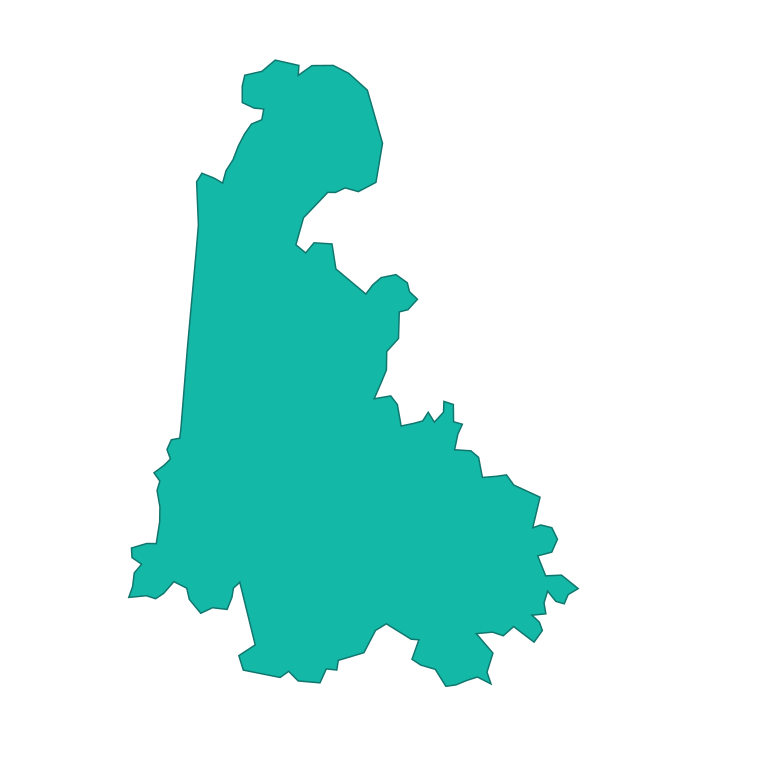 Vila Maria, Rio Grande do Sul, Brazil, rotated 189°
{"feature_id": "56859067B98350178986845", "entity_name": "Vila Maria", "entity_type": "district", "adm_level": 2, "iso_a3": "BRA", "parent_name": "Brazil", "parent_adm1": "Rio Grande do Sul", "projection": "robinson", "projection_center": [-52.161, -28.575], "detail": "fine", "context": "isolated", "style": "filled", "palette": "teal", "viewbox_px": 768, "rotation_deg": 189, "n_neighbors": 0, "source": "geoboundaries", "source_scale": "gbopen_adm2", "svg_char_len": 2009}
<svg xmlns="http://www.w3.org/2000/svg" viewBox="0 0 768 768"><g transform="rotate(189 384 384)"><path d="M423.1,621.5L446.4,671.6L467.4,685.3L484.0,690.7L505.0,687.2L517.0,675.4L517.9,685.3L542.1,686.9L553.5,673.7L569.8,667.2L570.6,655.9L568.0,639.8L555.5,636.2L545.8,636.8L546.0,625.9L555.5,620.1L560.8,609.2L565.1,596.4L568.2,581.9L573.4,570.0L574.8,557.2L583.9,560.7L596.8,563.7L600.7,554.4L592.2,512.1L590.1,483.6L584.0,391.5L577.6,307.9L577.3,298.5L585.3,295.7L588.1,285.3L583.2,276.5L588.5,269.3L597.3,260.3L590.2,253.0L591.5,243.3L586.1,227.6L584.0,212.7L584.0,190.7L593.3,189.4L607.8,182.5L605.7,173.1L595.2,168.1L601.1,158.4L600.6,144.6L602.7,133.3L585.6,137.7L576.0,136.2L568.9,142.7L560.6,155.9L546.9,151.5L542.6,140.8L529.1,128.9L518.4,136.2L503.7,136.8L500.8,149.6L500.8,158.8L495.4,165.6L470.4,106.2L484.9,93.0L478.2,79.4L440.7,77.9L433.2,85.3L422.3,77.3L400.5,78.8L396.4,93.6L385.9,94.1L385.9,103.9L361.8,115.5L353.8,139.3L344.2,147.5L317.3,136.2L309.5,136.8L313.3,116.5L303.6,112.1L288.7,110.2L275.6,95.1L266.0,98.0L255.6,104.3L245.9,109.2L231.4,104.5L237.2,115.5L234.3,135.2L253.8,151.9L238.0,155.9L226.8,154.0L218.0,164.7L195.4,152.5L189.0,165.3L193.3,173.1L201.7,178.8L188.2,182.3L191.7,192.8L190.0,205.0L180.3,196.2L171.6,195.1L169.2,204.8L160.2,212.3L178.8,223.0L194.3,219.8L205.3,238.3L192.0,244.2L188.4,257.8L195.7,268.3L207.1,269.3L214.6,265.3L212.2,296.6L240.0,304.5L248.8,313.4L258.6,310.4L272.2,307.1L279.1,326.3L287.7,331.6L304.0,330.1L303.2,346.1L300.3,356.5L309.4,357.6L312.3,374.6L322.1,376.2L320.8,365.5L328.3,354.2L335.9,363.0L340.0,353.6L348.4,349.8L360.5,345.2L367.6,365.8L375.5,373.3L391.4,367.9L386.7,386.1L383.8,398.3L386.4,416.5L376.8,431.2L380.2,457.6L372.0,461.1L364.2,472.9L373.3,479.2L376.8,487.6L389.3,493.9L403.5,488.6L410.6,480.2L416.0,470.0L449.5,490.1L457.3,514.2L475.2,512.5L481.9,501.2L492.8,507.7L489.5,535.6L479.9,549.4L469.5,564.5L461.9,565.6L453.1,571.6L439.4,570.0L423.5,581.9L423.1,621.5Z" fill="#14b8a6" stroke="#0f766e" stroke-width="1.5"/></g></svg>